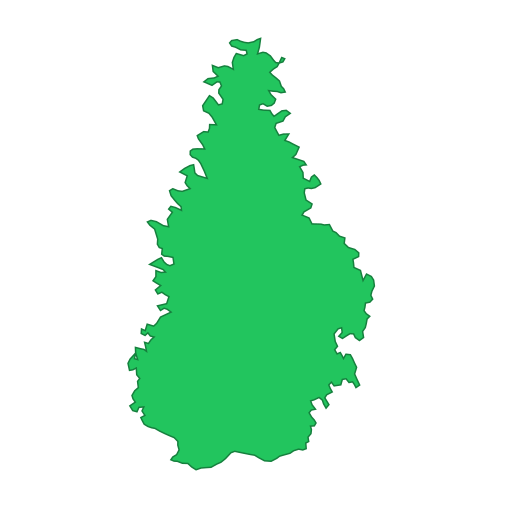 outline of Nova Tebas, Paraná, Brazil, rotated 4°
{"feature_id": "56859067B30858254302044", "entity_name": "Nova Tebas", "entity_type": "district", "adm_level": 2, "iso_a3": "BRA", "parent_name": "Brazil", "parent_adm1": "Paraná", "projection": "orthographic", "projection_center": [-51.949, -24.431], "detail": "fine", "context": "isolated", "style": "filled", "palette": "green", "viewbox_px": 512, "rotation_deg": 4, "n_neighbors": 0, "source": "geoboundaries", "source_scale": "gbopen_adm2", "svg_char_len": 4836}
<svg xmlns="http://www.w3.org/2000/svg" viewBox="0 0 512 512"><g transform="rotate(4 256 256)"><path d="M280.2,132.0L274.8,132.5L270.4,134.0L267.9,130.1L265.7,126.5L266.8,122.3L273.5,119.5L275.5,115.1L280.2,111.3L276.0,108.6L271.7,109.4L264.2,115.4L261.7,112.8L259.7,109.8L253.4,110.0L248.5,109.5L249.0,105.1L252.4,103.6L256.7,105.8L260.9,104.7L263.5,102.2L264.7,98.2L259.7,94.0L257.1,90.1L261.3,90.4L265.7,90.4L269.5,91.4L273.7,90.4L271.9,87.2L269.4,85.0L267.2,79.8L263.7,77.1L259.7,74.4L256.9,71.8L260.4,68.2L263.9,65.6L265.6,61.9L262.2,61.7L259.8,59.4L256.4,55.4L251.9,52.7L248.7,52.3L243.4,54.3L244.8,47.5L245.4,38.6L242.2,40.0L238.9,42.4L233.4,44.0L229.4,43.7L225.4,42.8L222.1,41.5L216.7,42.8L214.8,45.3L217.1,48.3L220.9,49.1L226.4,51.4L231.9,51.5L233.0,55.0L229.7,57.0L222.2,55.4L220.2,59.4L218.9,64.6L220.4,71.4L214.7,68.9L211.2,68.6L205.2,70.8L199.2,68.9L200.4,74.9L205.6,79.3L201.9,81.3L195.8,82.4L191.9,85.9L200.2,88.8L204.9,85.0L207.9,85.0L209.7,88.8L207.4,92.7L207.5,96.1L212.2,102.0L211.7,106.6L208.0,107.9L202.3,101.4L198.4,99.3L192.3,109.8L193.6,114.8L199.1,116.9L202.6,120.6L207.4,127.9L200.6,128.1L200.7,132.0L199.6,135.7L195.1,135.6L189.0,140.0L190.4,143.1L195.1,148.8L197.4,152.8L189.7,153.2L185.6,153.8L183.1,155.9L183.3,159.5L185.7,161.8L189.1,162.7L191.8,164.4L194.4,167.6L198.5,174.9L201.9,182.0L192.1,179.8L189.2,177.3L188.3,173.1L187.4,169.3L183.9,170.4L178.7,173.6L174.1,177.5L181.8,180.8L180.2,187.7L182.4,190.7L185.6,193.4L177.9,196.7L173.5,196.4L168.3,194.7L165.2,196.9L167.1,201.8L170.8,205.8L174.1,209.1L177.8,212.0L178.5,215.7L172.3,213.3L167.6,212.4L165.6,215.3L169.5,218.2L165.0,225.6L166.8,232.9L161.4,232.2L154.2,228.7L148.7,227.8L145.3,229.6L148.0,232.7L153.0,236.2L156.8,246.1L156.8,251.1L158.9,254.3L162.0,255.1L161.8,260.8L164.5,262.5L168.1,262.5L173.3,263.2L174.7,269.7L170.8,271.7L167.6,270.7L164.7,268.4L161.8,264.3L158.3,266.2L150.5,271.8L155.2,273.2L160.2,274.7L164.5,276.1L166.8,278.4L162.4,279.1L157.2,277.6L157.6,283.6L155.0,287.9L158.2,289.7L163.0,292.1L158.0,296.9L160.7,300.7L164.6,298.7L168.2,300.9L172.0,302.6L170.2,309.8L161.2,312.6L164.5,317.0L168.0,314.5L171.1,315.3L175.2,317.9L165.0,323.6L161.6,330.1L158.8,333.1L152.2,331.6L150.7,338.2L146.9,336.8L146.9,341.3L150.9,343.0L153.5,340.2L156.2,343.2L160.0,343.9L157.1,346.9L154.8,350.8L150.9,349.9L152.1,353.7L153.4,358.7L150.7,357.0L147.4,356.6L142.1,355.6L142.7,361.2L137.6,367.6L135.8,372.0L137.8,378.9L141.1,378.1L144.4,376.1L145.3,382.8L148.6,386.3L146.6,389.3L147.8,395.5L144.4,398.9L142.0,403.8L143.3,407.1L145.8,410.2L140.6,414.3L143.8,418.8L148.1,419.7L149.8,415.1L154.6,414.4L153.1,418.5L156.3,422.8L152.4,425.2L154.0,428.1L156.2,431.6L160.1,433.6L163.8,434.6L167.2,435.0L172.6,437.6L177.7,439.6L182.4,441.3L187.1,442.9L191.0,446.4L191.2,450.1L192.8,454.8L190.7,459.7L187.0,462.3L185.3,465.2L188.5,466.3L191.9,466.3L197.0,467.9L202.5,467.7L206.5,470.9L211.1,473.4L216.0,471.3L221.4,470.5L225.9,469.9L231.2,466.4L235.4,464.2L239.7,460.2L244.7,454.0L248.4,452.3L257.2,453.5L264.3,454.4L268.5,454.8L272.8,457.0L278.8,459.7L285.4,459.7L290.8,456.4L293.4,454.1L296.3,453.0L303.7,450.4L307.2,447.6L312.0,445.7L316.2,446.2L319.5,444.7L318.7,439.1L321.5,437.4L320.5,433.1L323.2,429.4L323.4,425.4L322.2,421.9L326.0,421.4L327.5,418.4L325.5,415.5L322.7,412.8L319.9,408.7L321.9,405.8L326.0,404.7L322.3,400.5L320.6,396.7L324.0,395.4L328.8,392.7L332.3,395.2L333.7,398.7L336.5,402.9L339.1,399.2L334.5,392.7L336.2,389.5L341.5,386.3L339.2,382.8L337.6,379.5L340.0,376.6L343.0,380.1L349.6,378.6L350.7,373.1L354.4,372.2L357.6,375.7L361.1,374.8L363.1,377.3L364.9,380.3L368.4,377.5L365.2,371.8L362.6,366.8L364.1,360.0L361.6,355.7L359.4,351.5L357.0,347.9L352.6,347.7L350.4,352.2L348.8,349.4L346.8,346.4L343.7,348.0L341.0,344.0L343.6,340.4L341.0,335.8L339.3,328.3L343.0,322.9L346.4,321.6L347.3,326.3L344.2,330.3L348.0,332.2L352.4,328.9L355.2,326.9L358.8,326.9L360.8,330.5L365.1,333.1L369.0,329.8L367.6,323.8L370.0,319.8L370.7,315.7L371.2,311.1L373.7,308.2L370.0,305.9L367.6,303.0L368.2,299.7L368.5,295.3L372.8,294.1L375.4,290.9L373.3,287.2L374.1,282.9L376.2,277.7L375.0,271.8L372.5,268.4L367.5,266.3L364.5,273.0L361.2,263.1L354.5,260.6L353.7,255.9L352.9,252.5L358.4,249.4L358.3,245.7L354.1,242.6L347.6,241.1L343.1,237.3L343.4,231.8L337.9,230.4L334.2,227.1L330.9,225.8L327.0,219.5L321.9,220.3L318.6,219.7L309.6,220.1L306.3,214.4L299.1,212.0L300.8,208.6L307.3,204.2L308.3,200.2L302.0,196.7L299.7,189.6L300.0,185.5L303.3,184.5L306.5,184.8L310.2,183.7L315.6,179.6L313.7,176.2L311.3,173.5L308.5,171.1L305.8,173.4L304.3,177.9L297.7,175.1L297.0,169.4L293.3,163.9L296.6,162.1L299.7,161.6L297.1,158.3L285.5,155.3L288.7,151.9L291.4,144.4L284.7,141.6L281.2,140.0L276.7,138.7L280.2,132.0ZM142.7,361.2L145.2,367.6L141.9,366.9L142.7,361.2ZM265.6,61.9L269.3,60.5L270.9,57.2L267.8,56.2L265.6,61.9Z" fill="#22c55e" stroke="#15803d" stroke-width="1.5"/></g></svg>